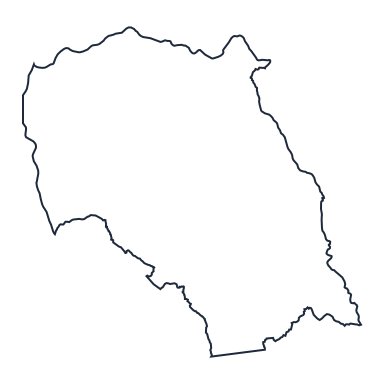 Portel, Pará, Brazil (Robinson projection)
{"feature_id": "56859067B89842377376701", "entity_name": "Portel", "entity_type": "district", "adm_level": 2, "iso_a3": "BRA", "parent_name": "Brazil", "parent_adm1": "Pará", "projection": "robinson", "projection_center": [-50.928, -2.621], "detail": "fine", "context": "isolated", "style": "outline", "palette": "slate", "viewbox_px": 384, "rotation_deg": 0, "n_neighbors": 0, "source": "geoboundaries", "source_scale": "gbopen_adm2", "svg_char_len": 5910}
<svg xmlns="http://www.w3.org/2000/svg" viewBox="0 0 384 384"><path d="M153.7,284.3L160.4,289.1L161.7,287.7L162.7,287.4L164.9,283.9L166.5,283.1L168.1,283.3L170.1,284.0L174.4,283.3L175.1,283.5L176.6,284.3L177.3,287.2L177.6,287.6L179.3,287.7L179.8,287.5L179.8,286.8L181.0,286.9L181.5,286.5L182.4,286.7L183.5,286.4L183.9,286.8L183.8,288.5L183.4,289.6L183.4,291.5L183.3,292.0L182.7,291.9L182.7,292.5L183.6,293.2L184.2,294.3L184.1,294.9L184.6,295.4L184.9,298.0L185.3,298.4L185.1,299.0L186.2,299.0L187.9,299.7L187.5,301.3L188.5,301.9L190.2,303.8L190.8,303.9L190.7,304.6L189.8,305.8L190.0,306.9L193.4,310.3L195.2,311.3L195.8,311.2L196.2,311.5L197.3,313.0L198.4,313.2L200.7,315.5L201.9,316.0L202.2,316.6L203.2,317.1L204.3,318.8L204.9,319.1L204.8,319.9L206.4,323.8L207.0,326.2L206.2,327.6L205.9,332.5L207.2,334.1L208.5,339.2L209.5,340.6L209.8,342.4L210.7,343.4L210.8,344.0L211.2,347.9L210.3,350.2L210.8,351.3L211.0,353.2L211.6,354.2L211.8,355.5L211.2,356.6L264.9,349.7L264.8,348.0L264.6,347.2L264.0,346.6L263.9,345.5L263.3,344.2L263.2,342.1L264.7,341.8L265.2,339.8L266.4,339.3L266.6,338.5L273.1,337.9L273.7,339.8L275.4,341.2L276.8,340.2L279.5,339.0L280.5,337.7L282.3,337.0L283.5,335.1L285.4,335.8L286.5,332.2L288.5,331.4L289.2,329.6L291.0,329.5L292.3,324.0L291.7,323.0L293.8,322.1L295.8,322.2L297.6,321.4L298.7,320.2L298.9,317.8L300.3,316.4L303.3,315.0L304.1,313.8L303.8,311.8L304.8,311.0L304.4,309.2L306.1,309.0L307.6,307.4L308.8,308.7L309.5,307.8L310.9,308.1L311.8,309.5L313.7,314.8L317.4,318.6L319.7,320.0L321.9,318.5L324.3,316.0L326.9,314.1L329.4,314.6L332.5,316.7L334.1,320.0L336.4,321.4L338.7,321.8L341.1,323.8L342.7,323.9L344.7,325.8L345.7,324.5L346.9,324.2L349.2,324.6L350.2,323.6L350.8,323.6L355.6,324.4L356.9,324.4L359.2,325.3L361.0,324.7L358.6,320.8L358.4,319.5L358.8,317.7L358.8,316.4L358.4,315.0L356.6,312.0L356.3,310.2L357.3,306.3L356.6,304.9L355.8,304.5L354.8,303.3L354.2,302.9L353.2,303.3L351.4,303.0L350.8,302.3L350.4,301.1L350.2,299.4L351.1,294.8L350.6,294.0L349.8,293.4L348.5,293.1L348.2,292.5L348.4,290.6L347.1,288.7L346.6,288.3L345.7,288.2L344.6,287.3L345.2,284.1L344.6,281.6L342.3,277.4L335.3,271.4L334.2,270.2L332.8,270.0L331.5,269.4L330.2,267.5L328.2,265.3L327.4,263.4L327.3,262.2L328.3,260.7L331.1,258.2L331.7,256.7L331.5,256.0L328.6,255.2L327.1,254.3L326.5,253.5L326.7,252.2L327.8,249.5L329.2,248.9L329.9,248.2L330.0,246.8L328.8,245.3L328.9,244.6L330.0,243.9L330.2,241.7L329.6,241.2L327.4,240.7L326.0,239.2L325.0,235.2L323.9,232.7L322.4,230.7L322.0,228.4L321.6,219.5L321.9,214.2L321.0,209.0L321.1,203.2L321.3,201.6L321.7,201.1L322.7,200.8L323.0,199.9L322.3,198.7L322.3,198.0L324.0,197.9L323.7,196.5L322.3,194.5L321.7,192.9L320.3,191.6L319.1,186.6L316.9,184.4L315.5,182.3L314.3,178.0L313.0,175.7L312.2,174.7L311.6,174.1L310.2,173.5L306.8,172.7L305.6,171.8L303.0,171.4L300.5,170.5L299.9,170.1L298.3,168.1L297.2,164.4L293.5,160.2L292.6,158.3L292.3,155.8L291.6,153.8L290.8,152.3L288.4,149.0L287.6,147.3L284.8,137.3L283.0,134.8L281.0,133.2L279.9,130.1L278.2,127.7L277.1,123.4L276.3,122.4L273.6,120.1L272.5,117.8L270.8,115.9L268.9,114.5L265.0,113.4L261.6,111.2L261.1,110.3L259.7,105.0L259.1,101.7L259.4,98.5L258.6,96.1L257.6,94.3L257.4,92.2L256.9,90.8L257.0,87.9L255.7,87.0L254.6,84.1L253.3,82.5L253.0,80.7L251.9,80.1L252.0,78.7L251.5,78.1L250.7,77.9L250.7,77.1L251.9,75.8L252.9,72.2L255.1,70.2L255.5,69.0L257.2,69.6L258.3,69.4L258.7,69.1L259.0,67.9L259.4,67.6L262.5,67.9L264.1,67.8L265.0,68.3L265.3,67.3L268.0,64.9L269.9,62.6L270.2,62.0L270.2,60.6L269.9,60.1L269.1,60.0L267.7,60.3L262.1,59.8L258.8,60.4L257.7,60.1L256.9,59.4L256.0,57.6L251.4,51.2L249.2,48.7L248.2,45.9L244.9,41.1L243.8,38.1L242.3,36.6L240.7,35.7L239.4,35.5L237.3,36.4L234.5,36.0L232.9,36.7L231.4,38.1L228.8,42.4L223.4,49.6L223.1,50.3L223.4,52.4L222.7,54.0L220.6,55.7L218.0,56.9L213.0,58.5L211.9,58.4L205.2,54.7L200.1,50.0L198.5,50.2L195.5,52.9L194.1,53.5L192.9,53.3L191.9,52.7L190.1,50.6L188.8,47.8L185.5,45.6L183.8,45.5L181.6,44.8L176.9,45.2L174.3,45.8L173.0,45.2L171.9,44.2L171.3,43.5L170.6,41.5L169.6,41.0L167.3,40.9L165.1,40.3L161.8,41.7L160.4,41.9L150.4,38.2L143.0,37.0L140.9,36.0L139.3,34.7L137.2,31.8L135.6,30.8L134.1,29.0L131.1,27.5L128.7,27.4L126.3,28.6L121.9,32.7L115.6,33.7L113.4,34.7L108.4,36.0L105.2,38.5L103.6,40.7L99.5,43.9L97.6,44.7L92.5,45.4L90.6,46.7L87.6,49.5L83.0,51.5L79.7,52.3L78.2,52.2L72.6,51.0L69.8,49.5L68.9,48.6L67.4,48.1L66.0,48.1L64.1,48.9L60.7,51.4L57.7,54.3L55.5,58.2L53.7,63.2L52.8,64.1L50.7,64.4L46.8,66.8L45.1,67.6L42.6,67.9L39.0,67.5L36.9,67.0L34.2,65.4L33.9,64.4L31.8,70.1L28.7,75.5L28.1,83.1L26.9,88.8L25.7,91.2L23.0,95.2L23.0,123.3L25.9,127.3L26.1,128.9L25.4,134.8L25.5,135.8L26.2,137.3L33.4,141.4L35.2,143.5L35.9,145.2L36.0,147.7L33.2,153.8L32.7,155.4L32.7,156.4L33.8,161.2L36.6,165.8L38.2,170.7L38.3,173.7L36.7,182.1L36.4,182.6L36.9,186.3L38.2,190.3L39.6,193.2L40.7,198.8L42.1,204.1L43.1,206.5L46.6,212.0L49.4,221.2L51.0,224.5L53.1,231.3L54.2,233.4L54.9,234.2L56.2,230.3L57.0,229.5L57.2,228.3L58.6,226.7L59.6,224.9L60.6,224.3L63.1,224.6L63.5,224.4L65.4,221.8L67.0,221.7L69.2,222.1L72.2,219.9L73.6,219.5L79.2,218.9L82.2,219.4L84.2,219.1L87.6,216.7L88.7,216.5L90.7,215.1L95.6,215.5L100.8,218.3L102.1,219.2L103.1,220.4L104.6,219.9L105.5,220.2L105.5,221.5L106.1,223.7L105.9,226.6L106.1,227.1L107.0,226.9L107.0,227.8L107.7,229.0L107.7,229.6L108.6,230.5L108.6,231.3L109.2,231.4L110.3,233.4L110.1,234.2L111.0,235.1L110.9,235.7L111.5,237.7L111.5,238.6L111.1,239.4L111.3,239.8L112.1,239.5L113.2,240.2L113.2,242.4L119.0,246.6L121.0,247.3L124.4,251.4L125.4,253.0L126.4,252.7L126.7,251.0L128.1,250.3L128.7,250.5L130.7,252.6L131.2,252.7L132.5,254.7L133.6,255.7L135.0,256.0L138.0,258.3L139.9,258.6L141.4,260.5L142.5,261.2L144.4,263.2L148.0,264.8L149.8,265.2L150.9,266.0L151.9,266.1L152.6,266.9L153.5,266.9L154.2,267.5L153.6,268.3L153.4,270.0L153.6,271.2L151.7,273.1L151.8,274.6L151.1,275.7L149.8,276.3L148.3,276.4L147.3,275.6L146.5,276.2L153.7,284.3Z" fill="none" stroke="#1e293b" stroke-width="2"/></svg>